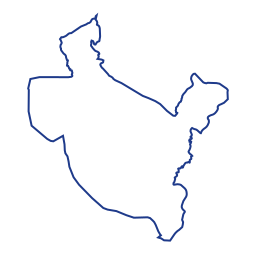 the Province of Sala ad-Din
{"feature_id": "IRQ-3052", "entity_name": "Sala ad-Din", "entity_type": "Province", "adm_level": 1, "iso_a3": "IRQ", "parent_name": "Iraq", "parent_adm1": "", "projection": "orthographic", "projection_center": [43.888, 34.578], "detail": "fine", "context": "isolated", "style": "outline", "palette": "blue", "viewbox_px": 256, "rotation_deg": 0, "n_neighbors": 0, "source": "natural_earth", "source_scale": "10m", "svg_char_len": 5574}
<svg xmlns="http://www.w3.org/2000/svg" viewBox="0 0 256 256"><path d="M195.0,73.7L203.2,82.3L204.5,82.9L206.3,83.3L207.7,82.8L216.5,83.1L219.5,83.7L226.5,88.5L227.5,89.6L227.7,90.1L227.8,90.4L227.7,90.9L227.5,92.2L227.8,99.2L224.0,102.8L221.3,104.1L219.2,105.0L218.3,105.8L217.8,106.5L217.7,107.2L217.8,107.8L217.9,108.6L217.6,109.7L216.5,111.5L215.0,113.2L213.8,114.1L212.8,114.6L210.6,115.3L208.9,116.2L208.1,116.9L207.8,117.6L207.8,118.2L207.9,118.8L208.3,119.4L208.7,120.0L208.9,121.1L208.8,122.6L207.6,125.3L206.6,126.7L205.4,127.8L204.1,128.7L202.7,129.9L201.8,131.0L201.3,132.0L200.9,133.2L200.7,133.2L200.3,133.0L197.3,130.3L196.4,129.7L195.7,129.4L194.4,129.1L192.8,128.4L192.1,128.0L191.8,128.2L190.8,129.5L190.7,130.0L190.6,130.4L190.5,131.3L191.8,134.5L191.8,135.0L191.6,135.8L190.6,136.7L190.5,136.9L190.6,137.0L190.8,137.0L191.1,137.1L191.4,137.5L191.8,138.2L191.7,138.6L191.4,138.9L190.7,139.1L190.3,139.1L190.0,139.2L189.6,139.5L189.3,140.2L189.2,140.5L189.3,140.7L189.6,140.4L189.8,140.4L190.1,140.5L190.0,140.8L189.9,141.0L189.5,141.5L189.5,141.8L190.0,142.0L190.2,141.9L190.7,141.7L191.0,141.6L191.2,141.8L191.1,142.1L191.0,142.4L190.7,143.3L190.5,143.6L190.0,144.2L190.1,144.6L190.3,145.1L190.6,146.0L190.5,146.8L190.0,148.7L189.2,150.4L188.6,151.4L188.6,151.8L188.8,152.4L189.3,153.1L190.0,153.9L190.6,154.4L191.2,154.7L192.2,155.9L191.1,156.6L191.3,158.6L191.2,159.0L190.9,159.2L190.5,159.4L189.9,159.8L189.8,160.3L189.8,162.1L189.7,162.5L189.4,162.6L189.2,162.4L188.7,161.9L188.1,162.1L187.8,162.3L187.5,162.5L187.2,162.5L186.3,162.6L185.6,162.9L185.3,163.1L183.6,165.6L183.3,166.3L183.1,167.1L182.9,167.4L182.7,167.6L182.4,167.5L182.2,167.4L182.4,166.8L182.4,166.5L182.2,166.3L181.8,166.4L181.5,166.8L181.2,167.3L180.9,167.9L180.6,168.2L180.2,168.4L179.2,168.3L178.5,168.5L178.2,168.7L178.2,168.9L178.4,169.2L178.6,169.6L178.7,171.9L178.6,172.2L178.4,172.3L177.4,172.3L176.8,172.5L176.4,172.8L176.3,173.1L176.4,173.5L177.0,174.5L177.1,174.9L177.1,175.3L176.9,175.9L176.6,176.2L174.8,177.5L174.7,177.8L175.1,178.5L175.2,178.9L174.7,180.6L174.4,181.8L173.5,183.1L173.5,183.6L173.5,184.4L173.8,184.7L174.2,184.7L174.7,184.7L175.4,184.5L177.6,184.2L179.8,184.5L181.0,185.0L184.8,188.4L185.8,189.7L186.4,191.2L186.7,193.1L186.7,194.9L186.2,196.6L183.4,201.0L181.9,205.3L181.8,206.1L181.7,207.0L182.0,207.9L182.4,208.8L182.9,209.5L184.6,211.1L184.8,211.5L184.8,211.9L183.6,213.8L183.3,214.5L182.1,219.8L183.1,222.1L182.8,224.5L182.2,227.1L179.0,230.0L177.5,231.0L175.6,232.8L174.4,234.3L170.1,240.6L164.0,240.3L161.2,238.4L158.2,237.5L160.9,235.3L160.1,234.4L158.3,231.3L155.7,224.9L154.2,222.1L152.9,220.7L150.1,218.1L147.6,217.3L133.9,217.7L126.4,215.2L116.4,211.1L107.6,209.6L103.3,208.0L92.1,198.1L79.1,184.8L73.6,177.3L69.4,166.8L68.6,161.6L67.5,156.4L65.4,153.3L64.8,150.4L64.5,144.3L63.0,135.8L53.3,141.3L50.7,140.9L47.2,138.9L31.6,125.7L28.6,111.4L28.8,89.9L28.2,88.5L30.4,79.0L39.6,77.1L68.3,77.2L71.3,76.8L72.2,76.2L72.3,75.6L72.2,75.2L71.9,74.7L71.8,74.4L72.2,73.4L72.4,72.9L72.3,72.5L72.1,71.9L72.1,71.7L72.0,71.4L71.8,70.5L71.7,70.4L71.4,70.4L71.2,70.4L70.9,70.3L70.6,70.3L70.3,70.3L70.2,70.2L70.3,69.8L70.3,69.5L70.3,69.4L70.0,69.4L69.9,69.3L69.8,69.2L69.8,68.8L69.7,68.7L69.4,68.7L69.2,68.6L69.1,68.4L69.0,67.8L68.4,66.6L68.1,65.9L67.7,65.8L67.3,65.8L67.2,65.8L67.1,65.6L67.0,65.4L67.1,64.7L67.4,63.0L67.3,62.4L67.5,61.8L67.8,61.0L67.9,60.5L67.8,60.3L67.7,60.3L67.3,60.4L67.1,60.3L67.0,60.1L66.1,57.5L66.0,56.7L65.9,56.0L65.5,55.3L65.2,54.8L63.9,53.8L63.3,53.2L61.2,50.3L61.0,49.7L61.0,48.4L60.6,47.8L60.4,47.0L60.4,46.4L60.6,45.1L60.7,44.8L61.1,44.3L61.5,43.4L61.7,42.8L61.5,42.1L60.7,40.2L60.0,39.1L60.2,38.8L60.5,38.6L60.8,38.0L61.0,37.6L61.3,37.3L61.5,37.2L61.8,37.3L62.1,37.3L62.3,37.3L62.5,37.2L62.8,37.1L63.0,37.1L63.3,37.1L65.6,36.1L66.5,35.5L68.4,33.9L69.2,33.4L69.9,33.2L71.3,33.1L81.0,26.5L86.2,24.4L87.8,23.3L89.3,22.9L90.5,22.0L91.7,19.8L92.3,19.1L93.4,18.7L94.5,18.7L95.3,18.2L95.8,16.1L96.6,15.4L96.0,18.0L95.9,18.5L95.5,19.1L95.6,19.4L95.8,19.8L96.2,20.2L96.6,20.8L97.0,21.7L97.3,22.9L97.1,23.7L96.9,24.4L97.0,24.7L97.2,25.0L97.6,25.2L97.9,25.2L98.4,25.5L98.9,26.0L99.5,27.2L99.8,28.7L100.1,36.3L100.0,37.2L99.9,37.8L99.6,39.2L99.5,40.4L99.4,40.9L99.2,41.2L99.0,41.3L98.3,41.5L96.9,42.3L95.5,44.5L94.8,44.5L94.3,44.3L93.9,43.6L93.9,43.2L93.8,42.7L93.5,42.2L93.4,41.9L93.3,41.6L93.1,41.2L92.8,41.0L91.6,40.6L91.1,42.0L91.4,43.0L91.4,43.5L91.2,44.1L91.0,45.1L91.2,46.0L91.6,46.5L91.9,46.8L92.1,47.1L92.5,47.8L94.5,50.1L95.4,50.9L97.7,51.8L98.8,52.6L99.3,53.8L99.2,54.1L98.7,54.3L98.4,54.5L98.2,55.1L98.3,55.5L98.6,55.8L98.7,56.3L98.4,57.7L98.1,58.3L97.6,58.9L101.7,59.6L103.4,60.4L103.1,62.3L102.4,62.8L101.5,63.1L100.7,63.6L100.3,64.7L100.6,65.5L101.3,66.8L102.1,67.9L102.8,68.4L108.0,74.1L109.1,75.7L111.2,76.7L112.6,77.7L113.4,78.9L115.2,80.2L121.5,83.1L142.8,95.9L148.5,98.1L155.3,101.1L160.2,104.1L167.0,110.9L173.1,115.6L174.0,115.8L175.2,115.8L177.0,113.6L177.3,113.1L177.3,112.9L176.5,112.8L176.2,112.6L176.0,112.2L176.1,111.8L176.1,111.6L175.8,110.9L175.7,110.5L176.0,109.4L176.1,108.9L176.0,107.9L176.1,107.6L176.4,107.2L177.4,106.3L177.8,105.7L178.1,105.1L178.4,104.1L179.6,102.3L180.6,101.8L180.9,101.5L181.0,101.1L181.0,100.9L181.1,100.6L181.5,100.0L181.5,99.7L181.5,99.4L181.5,99.2L181.5,98.9L181.8,98.2L182.1,97.7L182.1,97.4L182.1,97.1L182.1,96.9L182.2,96.7L182.3,95.9L183.5,94.0L185.2,92.2L187.0,89.6L187.6,89.0L188.6,88.4L189.8,87.8L192.0,86.1L192.8,84.9L192.8,83.4L191.2,79.6L191.1,78.2L191.5,76.5L192.2,75.4L192.9,74.5L193.5,74.0L194.0,73.8L195.0,73.7Z" fill="none" stroke="#1e3a8a" stroke-width="2"/></svg>